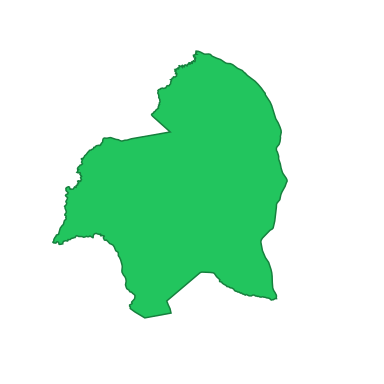 outline of Mueda, Cabo Delgado, Mozambique, rotated 112°
{"feature_id": "85939544B28759712944697", "entity_name": "Mueda", "entity_type": "district", "adm_level": 2, "iso_a3": "MOZ", "parent_name": "Mozambique", "parent_adm1": "Cabo Delgado", "projection": "natural_earth1", "projection_center": [39.255, -11.566], "detail": "fine", "context": "isolated", "style": "filled", "palette": "green", "viewbox_px": 384, "rotation_deg": 112, "n_neighbors": 0, "source": "geoboundaries", "source_scale": "gbopen_adm2", "svg_char_len": 6018}
<svg xmlns="http://www.w3.org/2000/svg" viewBox="0 0 384 384"><g transform="rotate(112 192 192)"><path d="M59.8,241.0L60.6,240.9L60.9,240.1L61.8,240.6L62.4,240.3L62.6,239.5L63.0,240.5L64.1,240.9L64.2,241.4L64.7,241.9L66.1,241.0L66.1,240.6L65.8,240.0L66.2,239.0L66.6,238.8L67.5,239.5L67.9,239.3L68.4,238.4L70.0,238.2L70.1,238.9L69.7,239.7L69.8,239.9L70.5,239.9L71.1,240.3L71.2,240.9L71.8,241.1L72.1,240.2L72.6,240.0L72.9,241.4L73.8,241.4L73.9,241.7L73.0,242.1L73.1,242.7L73.4,242.8L73.9,242.4L74.4,242.5L74.4,242.8L74.0,243.3L75.0,243.4L75.5,244.1L76.8,243.8L76.9,244.3L76.6,245.7L77.2,246.4L78.3,247.0L78.4,246.3L78.9,246.2L79.0,247.5L78.3,248.5L78.8,248.7L79.8,248.1L79.5,248.9L79.8,250.2L79.6,251.0L79.8,251.3L80.4,250.9L80.5,250.4L81.6,250.6L82.1,251.3L82.9,250.7L83.1,251.1L82.8,251.8L84.0,252.5L84.7,253.6L85.2,252.6L85.7,253.2L86.2,253.2L86.7,252.6L86.7,251.8L87.5,251.3L88.0,251.6L88.3,251.6L88.0,250.7L88.2,250.2L88.8,250.2L89.2,250.4L90.2,249.8L91.6,250.6L92.2,252.3L93.3,252.3L94.0,253.0L94.9,253.0L95.9,253.9L96.1,253.2L96.6,252.7L97.9,253.0L99.7,252.4L101.2,253.0L101.8,252.9L102.3,253.3L102.5,254.4L103.1,255.1L105.2,255.3L106.6,257.1L106.7,258.3L107.7,259.7L108.7,260.0L108.9,260.6L109.8,261.3L110.8,261.6L111.4,261.0L113.1,260.8L114.1,259.6L115.6,258.6L116.8,258.3L118.4,256.4L119.3,256.1L120.1,255.5L120.8,255.4L121.8,255.7L122.9,254.9L123.9,255.5L124.3,255.0L126.0,255.2L126.7,254.5L129.7,256.2L131.1,256.4L132.1,257.3L132.8,257.2L133.6,257.5L134.0,258.1L135.1,258.5L135.6,258.4L136.5,256.9L144.5,234.7L165.4,268.2L168.2,271.6L169.2,273.7L171.1,276.1L171.3,278.1L171.1,279.8L171.7,282.2L172.0,287.6L172.4,288.6L174.0,291.0L174.8,293.5L175.6,294.2L177.0,294.2L179.2,293.6L181.1,294.4L181.7,294.2L182.3,294.5L182.7,294.3L183.5,294.8L183.4,295.6L184.8,297.8L185.9,298.6L187.0,298.8L187.5,299.8L188.4,299.6L189.4,300.1L190.4,301.2L191.1,301.4L191.8,302.7L193.1,302.9L194.2,303.5L196.7,304.1L198.7,305.1L200.5,305.2L201.1,305.6L201.9,305.4L202.2,306.6L202.5,307.0L203.0,306.8L203.4,306.0L204.1,305.6L205.8,305.6L206.9,304.1L208.2,304.7L209.0,305.8L209.8,305.9L211.7,306.8L213.0,307.0L213.5,306.6L213.7,305.7L214.4,306.3L215.4,305.6L216.9,306.1L216.9,304.7L216.0,303.0L216.4,302.5L217.7,302.4L217.9,301.7L218.6,301.2L218.5,300.6L218.8,300.2L220.5,300.7L221.8,299.1L222.2,299.1L223.0,299.7L223.7,299.3L224.3,299.9L224.0,300.9L224.1,301.4L224.8,302.1L225.3,301.8L226.0,300.6L226.3,300.5L227.6,301.2L228.2,300.7L229.5,301.8L231.1,301.3L231.3,302.8L233.7,303.2L234.5,304.4L234.5,305.4L235.0,305.7L235.1,306.1L234.7,306.6L233.4,307.4L233.3,308.2L233.5,308.8L234.0,309.0L234.8,309.9L235.8,310.3L237.9,309.3L239.0,306.7L240.4,306.5L241.4,307.7L242.5,308.0L243.2,307.2L243.8,305.3L245.3,305.0L247.9,305.4L248.5,305.1L248.9,304.2L249.6,303.9L251.1,303.9L253.0,304.8L253.7,304.0L254.9,303.4L255.8,302.4L257.6,301.0L258.8,301.0L260.2,301.5L260.7,301.4L261.1,301.2L261.3,300.0L261.7,299.6L263.0,299.5L263.4,298.9L264.0,298.6L266.5,299.6L270.3,299.1L271.7,299.8L274.9,300.6L281.3,299.9L282.4,301.3L283.1,301.7L284.2,301.5L285.2,302.0L287.6,302.3L289.3,301.8L290.6,302.2L290.8,302.1L291.0,301.2L290.7,300.8L290.7,299.9L290.3,299.1L290.1,298.9L289.1,298.9L288.6,298.3L288.6,297.5L289.2,296.4L290.3,295.6L290.1,294.9L288.9,293.0L288.4,292.4L288.1,292.7L286.9,292.8L285.8,292.5L284.6,291.2L284.1,289.1L283.6,288.8L282.6,289.1L281.8,287.2L280.2,286.4L279.1,284.8L278.4,284.2L278.1,283.4L276.3,283.0L275.7,282.6L275.6,282.1L275.7,280.4L274.5,277.3L274.5,275.4L273.6,274.2L272.6,273.3L272.6,272.2L272.1,270.9L271.3,270.5L271.0,270.1L271.5,266.9L271.3,266.6L271.1,266.7L271.1,267.1L270.5,266.9L269.0,267.2L268.1,267.1L267.1,266.5L266.2,265.3L266.3,264.1L266.0,262.2L265.3,261.0L265.6,260.5L266.3,260.7L266.7,260.2L266.4,259.9L266.4,259.2L265.8,258.6L265.9,258.0L265.6,257.3L266.1,256.8L267.2,257.1L267.8,256.9L269.3,255.3L269.3,254.5L268.7,253.4L269.2,251.8L270.6,249.0L270.6,247.2L270.8,245.5L271.9,243.7L275.0,240.7L275.5,238.3L275.8,237.7L278.7,236.4L279.7,234.8L281.7,232.7L285.9,229.5L287.5,228.6L291.0,227.6L292.5,226.9L294.6,224.5L295.7,222.5L297.2,220.9L299.5,219.6L303.0,218.9L305.0,217.3L306.1,216.2L306.6,213.7L307.7,212.4L307.8,211.6L307.5,211.0L307.6,210.2L308.2,209.2L308.6,207.5L309.3,206.1L311.5,205.4L312.9,205.3L316.6,206.7L317.0,206.6L317.6,205.8L318.1,205.8L320.1,207.5L321.2,207.1L321.5,206.2L323.2,205.6L324.6,200.0L326.4,188.6L312.1,166.1L308.5,168.6L305.5,171.8L302.5,174.6L263.8,154.3L262.6,153.0L259.8,145.1L259.0,142.2L259.0,141.4L259.3,140.5L261.3,137.5L262.9,133.3L264.2,133.2L264.7,132.6L264.4,130.8L265.2,129.7L265.7,127.4L265.8,125.7L266.6,124.0L266.2,123.3L266.2,122.1L266.5,120.7L266.1,119.1L266.4,117.0L267.3,115.8L267.6,114.9L267.4,113.1L267.6,112.2L267.2,110.7L267.6,109.2L267.1,108.2L267.6,107.1L267.4,105.6L267.6,104.4L267.5,103.7L266.8,103.4L266.6,102.9L266.9,100.7L266.7,99.6L266.0,97.9L265.0,97.3L264.4,96.1L264.3,95.1L264.7,94.3L264.3,93.3L264.3,92.3L263.8,91.2L263.9,89.6L263.3,88.0L262.6,87.2L262.6,86.0L262.2,84.8L262.2,83.2L261.7,81.2L261.7,79.8L262.3,79.0L262.4,77.9L261.6,76.8L261.4,76.2L259.9,75.2L259.2,73.7L258.4,74.3L257.4,74.5L256.1,75.1L254.2,77.3L252.8,79.3L250.7,81.2L245.9,83.6L240.0,86.2L237.0,87.8L234.4,89.6L228.6,94.5L225.3,99.4L220.0,104.7L212.5,109.5L210.7,109.8L208.3,109.4L198.2,105.3L196.2,103.7L194.9,103.3L187.9,104.4L174.4,108.1L171.9,109.0L170.4,109.0L166.2,107.7L161.3,108.6L158.3,108.6L151.9,107.8L147.8,108.0L146.7,107.8L145.4,108.3L144.0,109.7L140.7,114.7L139.6,115.8L136.4,118.4L132.8,120.7L129.0,124.0L126.5,125.0L125.4,125.8L123.0,127.8L121.8,129.3L119.7,130.2L118.4,130.1L115.2,129.1L112.3,129.3L108.7,130.2L107.4,130.9L103.3,131.6L101.5,132.5L99.0,134.6L95.7,137.9L92.7,141.8L82.0,150.5L79.3,153.3L74.4,160.4L73.0,161.2L72.0,163.1L69.8,166.5L67.5,170.9L65.7,175.0L63.2,184.4L61.9,187.1L62.1,187.2L60.5,191.0L60.3,196.0L58.7,201.9L58.6,204.5L59.5,207.2L59.8,209.0L58.5,215.1L58.7,219.2L58.5,224.2L57.6,226.3L57.6,227.0L57.8,228.2L59.4,231.7L59.5,232.8L59.1,236.6L59.2,238.9L59.8,241.0Z" fill="#22c55e" stroke="#15803d" stroke-width="1.5"/></g></svg>